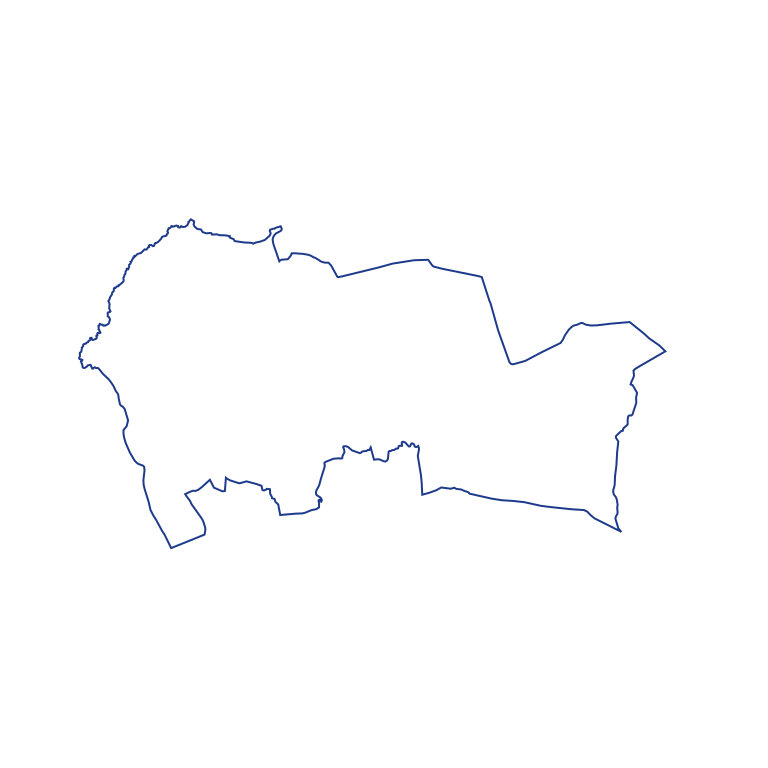 Thuan Nam, Ninh Thuận, Vietnam (Albers equal-area conic projection), rotated 158°
{"feature_id": "81297802B94482771357603", "entity_name": "Thuan Nam", "entity_type": "district", "adm_level": 2, "iso_a3": "VNM", "parent_name": "Vietnam", "parent_adm1": "Ninh Thuận", "projection": "albers", "projection_center": [108.912, 11.451], "detail": "fine", "context": "isolated", "style": "outline", "palette": "blue", "viewbox_px": 768, "rotation_deg": 158, "n_neighbors": 0, "source": "geoboundaries", "source_scale": "gbopen_adm2", "svg_char_len": 6166}
<svg xmlns="http://www.w3.org/2000/svg" viewBox="0 0 768 768"><g transform="rotate(158 384 384)"><path d="M219.3,158.0L220.8,162.3L219.9,172.5L218.7,174.2L216.2,176.2L215.3,177.9L214.3,181.6L212.6,184.6L211.4,189.9L211.4,192.4L212.3,195.5L211.9,198.1L211.1,199.9L208.9,202.6L207.6,204.7L204.3,212.0L199.1,221.3L193.4,233.4L188.3,242.9L189.1,247.3L188.7,248.4L187.9,249.1L181.7,251.5L180.1,251.2L178.7,253.2L173.8,254.9L173.1,255.5L171.4,259.8L169.7,262.5L169.1,262.8L168.0,262.9L166.3,262.1L165.0,262.7L157.2,271.9L155.3,277.1L153.0,280.4L152.7,281.2L153.9,289.8L155.5,291.2L154.2,292.9L150.0,296.9L149.0,298.3L147.7,302.9L145.4,303.9L140.5,304.7L110.9,308.9L114.2,316.5L121.0,326.9L124.3,333.8L133.0,349.4L151.2,355.0L164.5,358.6L170.2,360.7L174.6,363.4L177.5,366.5L179.4,366.8L182.7,366.6L186.0,367.1L188.5,366.7L192.2,365.2L197.7,361.6L201.5,358.1L204.9,355.9L225.8,354.4L244.5,352.5L256.3,353.8L257.5,354.2L258.7,355.1L259.5,357.2L258.1,390.9L255.0,418.8L255.1,421.7L253.3,446.5L255.8,448.5L287.1,469.2L293.2,473.7L294.3,474.7L295.0,476.4L296.4,482.3L297.0,482.8L309.8,487.5L330.9,492.4L345.5,494.1L382.7,499.5L386.4,500.2L386.9,500.6L387.2,501.6L388.6,513.7L390.1,517.3L393.6,518.8L396.2,520.8L400.5,526.8L401.6,527.6L403.8,530.4L406.0,532.3L410.2,534.9L417.2,538.4L420.6,539.7L422.6,537.8L426.4,535.7L432.3,537.6L434.1,537.5L435.1,537.0L434.1,555.7L433.1,559.8L431.8,561.5L430.3,562.9L427.7,564.1L422.5,564.6L421.1,565.4L420.7,566.0L420.7,568.9L426.2,569.4L427.2,569.0L428.7,569.5L431.9,569.7L432.6,568.8L432.6,566.3L433.4,565.2L434.8,564.2L440.5,562.2L445.5,562.4L449.9,563.2L452.8,563.1L453.2,563.9L454.3,564.7L460.6,567.6L468.5,572.2L468.9,572.5L469.2,574.6L472.1,577.5L472.2,578.0L471.6,578.9L475.5,581.3L481.2,583.8L482.7,585.3L487.5,587.0L487.6,588.6L489.7,589.5L492.2,590.2L495.2,592.7L495.8,595.8L499.0,597.7L500.7,601.0L500.8,603.1L499.5,605.1L499.2,606.0L501.3,608.9L501.6,608.6L502.5,608.6L504.1,607.4L504.9,607.3L505.1,606.4L506.8,605.0L509.2,604.3L511.5,604.8L512.9,606.3L513.5,606.3L514.0,605.5L515.5,605.9L516.1,606.6L515.9,607.6L516.4,607.7L516.8,608.5L517.7,608.8L520.2,608.7L520.8,609.4L521.5,609.3L522.0,610.0L523.0,609.1L524.6,608.7L525.1,609.1L525.4,609.0L525.5,608.6L526.0,608.4L527.6,606.8L527.6,605.3L527.9,604.7L529.3,604.2L530.1,603.1L534.2,603.6L534.9,603.4L536.0,602.3L539.7,600.5L542.2,600.0L543.2,600.4L543.7,600.1L545.6,598.2L546.6,598.3L547.8,600.1L549.4,600.7L550.2,600.4L550.6,598.9L551.8,599.0L553.6,597.7L554.4,597.8L555.6,598.5L560.2,596.5L563.9,596.9L566.9,595.6L567.2,596.2L567.6,596.2L567.9,595.4L568.9,595.4L569.3,594.4L570.1,594.3L572.3,592.2L573.2,592.3L573.2,591.6L573.9,590.6L575.7,590.0L576.2,588.4L578.1,586.3L578.8,587.1L579.4,587.2L579.9,586.2L581.4,585.1L582.7,582.8L583.6,582.6L584.3,581.4L586.0,579.9L586.4,577.9L587.3,576.6L591.1,575.2L593.0,575.0L593.0,574.5L593.7,574.2L595.3,574.5L597.2,573.6L597.7,574.2L598.1,574.1L598.9,573.4L599.6,571.5L601.7,570.6L602.9,568.8L605.4,567.1L607.0,565.1L608.5,564.2L608.4,560.8L609.3,559.6L610.5,556.8L610.4,553.8L611.6,553.4L613.0,553.8L613.5,553.5L614.8,550.3L614.0,549.1L613.8,546.9L614.0,546.3L616.5,543.2L618.1,542.7L619.4,542.8L620.8,542.5L621.5,543.2L622.3,543.2L622.7,544.4L624.7,545.4L624.9,546.2L625.1,546.2L626.2,544.8L627.1,544.7L627.6,542.6L628.2,541.6L627.8,540.7L627.7,537.8L628.9,537.8L629.2,538.3L630.3,538.6L631.1,537.9L631.5,536.4L632.2,536.6L632.8,536.3L633.0,534.4L633.8,533.8L637.3,533.8L638.1,534.6L637.9,536.4L639.1,536.7L639.4,536.5L639.3,535.2L640.4,534.7L641.7,534.7L642.6,533.7L644.4,533.7L645.1,533.2L646.6,533.2L647.0,533.5L647.7,533.3L648.3,532.9L648.9,531.6L650.6,530.9L651.0,529.7L652.7,527.3L654.3,526.9L655.5,523.7L657.0,522.3L656.9,521.2L654.7,519.5L655.0,518.8L655.3,518.7L655.8,519.2L656.6,518.3L656.5,515.6L657.1,512.1L656.1,511.2L655.3,511.0L653.0,511.5L651.6,512.2L648.9,511.7L648.8,507.7L647.9,507.2L647.1,507.8L645.8,507.8L645.0,506.6L643.4,506.1L642.8,505.3L640.7,498.4L637.5,491.5L636.5,487.9L635.6,483.8L635.3,478.1L634.5,474.7L634.5,473.2L635.4,470.1L636.4,463.9L635.9,462.3L634.8,461.0L633.8,458.1L634.9,446.1L638.5,441.2L642.8,438.9L644.2,435.4L645.0,431.8L645.6,426.2L645.3,415.6L643.9,406.3L642.4,402.8L641.3,401.5L638.3,398.9L637.4,397.1L638.4,393.6L643.1,385.0L644.6,380.6L645.3,376.2L646.4,362.6L647.7,354.7L647.1,348.2L646.2,343.6L644.8,331.1L643.9,326.7L642.8,311.6L606.8,311.6L604.4,315.5L603.7,317.2L603.2,321.5L603.1,325.3L603.6,328.6L607.4,344.3L607.7,348.8L608.7,352.1L609.6,356.4L604.1,356.7L601.1,356.6L598.9,355.5L596.0,355.4L591.1,356.8L581.3,360.4L580.5,351.6L574.0,345.0L571.6,344.4L565.7,356.3L564.8,354.8L562.9,352.4L555.8,346.4L554.6,346.0L547.9,345.2L539.8,339.1L535.7,335.5L536.4,331.5L536.1,330.9L535.2,330.3L533.2,330.2L531.9,330.7L529.2,329.2L530.7,324.6L530.3,321.8L530.6,320.1L528.6,318.5L528.8,315.4L527.2,311.9L529.3,301.4L514.5,296.9L508.2,294.6L505.3,294.2L498.3,294.2L493.7,293.3L490.5,293.9L488.9,297.6L488.7,299.3L488.3,300.5L487.5,300.9L487.1,300.8L486.7,298.8L486.3,298.4L485.2,299.5L485.1,300.3L485.4,302.5L488.0,306.1L488.2,307.2L487.7,309.0L486.7,310.5L482.1,314.3L478.2,319.5L469.7,329.9L468.9,333.0L468.4,333.5L466.9,333.7L458.8,333.6L453.4,331.9L451.9,331.0L450.6,330.8L449.4,332.8L446.2,335.6L445.5,338.5L445.6,340.5L445.3,341.0L444.6,341.3L442.6,340.6L440.8,338.9L438.5,334.4L432.5,329.1L431.3,328.9L429.1,329.6L425.5,328.5L423.7,328.9L422.4,328.3L420.1,330.2L421.6,317.6L418.1,316.6L416.4,315.8L413.0,312.3L411.8,311.6L409.9,311.9L408.5,313.0L405.1,319.4L404.0,319.8L402.8,319.3L401.1,319.6L399.1,319.0L397.0,319.6L395.7,319.0L395.0,319.1L393.7,320.8L392.6,320.9L390.6,319.9L390.2,320.2L389.7,322.6L389.3,323.2L388.0,323.4L386.3,321.9L384.4,316.9L383.9,316.5L383.1,316.6L380.8,318.6L379.7,318.1L378.7,316.6L379.0,314.7L378.7,314.2L377.8,313.5L376.9,313.4L375.5,313.8L375.6,311.6L376.3,309.8L379.6,304.7L383.9,285.6L386.0,278.5L390.0,267.0L382.6,266.2L375.5,265.9L369.7,266.6L361.4,261.9L357.7,261.5L356.3,259.7L352.0,257.3L350.1,255.3L347.3,252.9L346.1,251.7L345.8,250.3L327.3,237.5L318.7,232.3L308.5,227.4L298.2,221.9L283.9,212.1L274.9,207.1L257.4,197.8L245.8,192.2L243.3,189.4L241.4,184.7L239.1,180.5L219.3,158.0Z" fill="none" stroke="#1e3a8a" stroke-width="2"/></g></svg>